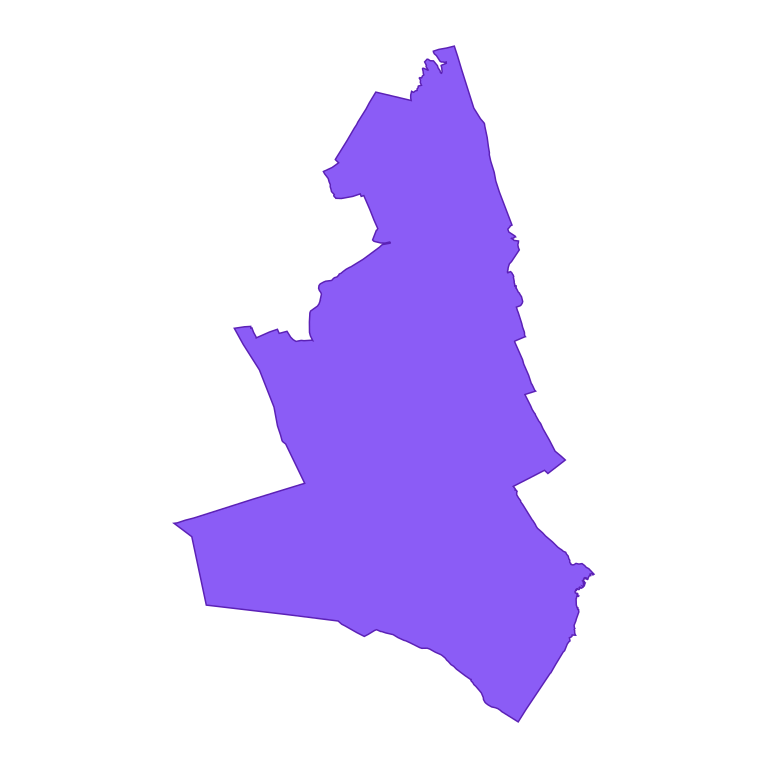 outline of Bargauani, Neamt, Romania
{"feature_id": "2599482B339560246118", "entity_name": "Bargauani", "entity_type": "district", "adm_level": 2, "iso_a3": "ROU", "parent_name": "Romania", "parent_adm1": "Neamt", "projection": "natural_earth1", "projection_center": [26.654, 46.99], "detail": "fine", "context": "isolated", "style": "filled", "palette": "violet", "viewbox_px": 768, "rotation_deg": 0, "n_neighbors": 0, "source": "geoboundaries", "source_scale": "gbopen_adm2", "svg_char_len": 6056}
<svg xmlns="http://www.w3.org/2000/svg" viewBox="0 0 768 768"><path d="M338.1,621.0L341.7,624.2L344.7,625.7L356.8,632.6L364.3,636.4L368.3,634.3L374.7,630.4L376.6,629.7L380.7,631.5L381.9,631.6L385.7,632.9L393.1,634.6L398.0,637.6L404.1,640.4L405.5,640.7L409.7,642.6L419.7,647.6L421.8,648.3L427.2,648.2L429.6,649.0L435.3,652.2L440.8,654.6L441.9,655.3L445.3,658.1L446.7,660.1L448.1,661.3L451.0,664.6L453.7,666.3L456.4,669.1L465.4,675.9L470.5,679.4L471.1,679.5L470.9,680.1L471.0,680.7L472.9,682.8L473.9,684.6L475.8,686.3L481.3,692.8L483.3,697.5L483.5,699.6L485.0,702.3L486.1,703.4L488.1,704.9L491.6,706.9L495.3,707.7L497.8,708.6L500.3,710.3L501.7,711.6L518.2,721.9L526.2,709.2L550.2,673.3L550.8,672.9L555.6,664.5L563.2,652.0L564.6,650.7L567.3,644.0L569.0,641.7L570.0,640.9L569.4,637.7L570.8,637.2L571.9,636.4L572.1,635.0L575.6,635.2L574.8,633.5L574.6,631.6L574.7,630.8L574.2,629.5L574.9,628.4L574.4,627.8L574.1,625.3L575.9,620.8L576.2,619.4L578.8,612.1L578.8,611.4L578.5,610.6L578.7,610.1L578.6,609.6L578.3,609.3L577.7,609.3L577.6,609.1L577.9,607.8L577.7,607.6L577.1,607.7L576.3,605.0L576.1,598.8L576.5,598.0L576.7,596.6L577.4,596.2L578.3,596.4L578.7,596.0L577.1,595.4L577.0,594.9L577.5,594.9L577.9,594.3L577.7,593.7L577.4,593.4L575.4,593.0L575.0,591.7L575.7,590.4L576.1,590.6L576.4,590.5L576.5,589.7L575.9,590.0L575.9,589.6L577.0,588.7L577.5,588.7L577.9,589.4L578.3,589.5L579.1,589.5L579.9,588.2L579.3,587.8L579.2,587.4L579.5,587.2L580.0,587.1L581.2,588.2L583.0,587.3L583.1,587.1L582.4,586.2L583.2,586.5L583.7,586.1L583.8,585.6L584.3,585.8L584.5,585.1L583.6,584.9L583.5,584.3L584.8,584.1L585.1,583.2L584.2,583.5L583.4,583.2L583.2,582.9L583.3,582.4L584.4,582.6L584.5,581.8L584.4,581.6L583.4,581.7L582.5,580.9L583.7,580.1L583.5,579.3L583.6,579.1L584.9,578.8L584.2,578.3L584.2,578.0L585.0,577.6L585.4,577.7L585.7,578.2L586.5,578.0L586.7,578.4L586.4,578.7L586.4,579.0L587.3,579.5L588.1,578.9L588.0,578.3L589.2,576.0L589.9,575.4L590.3,575.7L590.8,575.6L590.8,575.4L590.0,574.2L591.4,573.7L592.3,574.1L592.9,574.9L594.0,574.2L588.8,568.7L586.2,567.3L584.6,565.5L582.0,563.6L578.9,564.1L576.0,563.4L574.0,564.7L572.6,564.9L570.9,564.4L570.8,563.4L569.9,562.7L569.7,562.1L569.8,560.7L569.5,559.7L568.8,558.7L568.2,556.1L566.5,554.1L565.7,552.3L563.3,551.3L561.5,549.7L560.3,549.0L557.7,547.1L552.5,541.9L545.4,535.9L542.7,532.9L537.5,528.3L536.2,526.4L535.3,524.4L532.9,520.6L532.3,520.0L522.8,504.7L520.7,501.8L520.6,500.7L518.6,498.0L516.7,494.8L516.7,492.2L517.1,491.6L516.9,491.1L516.5,490.5L515.2,490.0L515.5,489.6L515.2,489.4L515.1,488.6L513.8,487.2L513.9,486.6L513.4,486.3L544.5,470.3L547.9,473.5L565.3,460.0L561.8,456.8L555.1,451.2L549.4,440.1L543.0,428.8L540.6,423.5L538.8,421.1L535.6,415.3L535.1,413.8L534.3,412.9L532.2,409.5L530.7,406.0L524.9,394.5L535.6,391.1L534.7,390.2L531.9,384.2L531.4,383.8L528.6,375.2L523.7,364.0L522.6,359.8L514.6,341.7L514.6,341.3L515.2,340.9L524.6,336.9L525.4,336.7L524.9,336.1L524.5,334.6L524.5,333.0L524.3,331.9L522.6,327.2L521.7,323.4L518.2,312.4L517.4,310.5L516.4,307.1L520.1,305.8L521.1,305.0L522.3,303.0L522.7,301.5L521.5,296.7L519.6,293.8L519.5,293.2L518.3,292.2L516.7,288.9L515.8,287.9L516.2,287.4L516.1,285.8L515.6,285.6L514.8,286.1L514.7,285.9L514.6,284.6L514.7,284.1L514.2,282.8L514.2,281.2L513.4,277.2L513.7,276.5L513.1,274.9L512.6,274.4L512.1,273.2L510.6,271.6L510.2,271.6L509.2,272.3L508.3,272.1L507.9,272.8L507.6,272.6L507.4,271.8L507.7,271.1L507.7,270.1L508.0,269.8L508.0,268.8L508.4,266.9L509.4,263.8L511.5,261.6L519.3,249.9L518.4,247.7L517.8,244.8L518.4,242.5L518.5,241.0L514.0,240.4L513.2,239.5L511.5,238.4L511.8,238.2L512.6,238.4L513.3,238.0L513.9,237.9L514.2,237.2L515.6,236.9L515.2,236.2L508.8,232.0L507.8,229.2L510.1,226.5L510.3,225.9L512.0,225.1L499.4,192.1L495.8,181.0L494.2,172.3L490.7,161.1L489.6,156.1L489.3,154.8L489.4,152.6L488.4,146.6L487.2,137.6L484.8,126.2L484.5,123.9L484.1,123.0L480.5,118.8L473.8,108.1L461.4,68.9L457.7,56.5L454.3,46.1L446.7,48.0L438.8,49.4L433.3,51.2L433.5,52.2L434.3,53.8L436.4,55.6L440.1,61.3L441.3,62.0L443.3,62.0L444.5,62.4L446.2,62.0L446.3,63.3L442.3,64.9L441.2,65.4L441.1,65.7L441.7,67.6L442.1,71.6L441.5,73.3L441.1,73.2L440.3,72.2L440.1,70.9L438.1,67.9L437.4,65.6L433.5,60.9L430.2,60.7L428.1,59.3L427.1,59.2L424.6,61.9L426.4,65.4L426.1,66.0L426.1,66.7L428.1,70.0L427.8,70.1L424.0,68.4L423.0,68.2L422.6,68.5L422.5,68.9L423.1,71.2L423.3,73.4L423.8,74.9L422.4,76.0L421.7,77.7L421.3,77.9L419.9,77.6L419.3,78.1L420.5,80.2L420.3,82.6L421.5,85.3L418.4,86.0L418.2,86.3L418.2,87.6L417.1,88.9L417.1,90.5L415.3,90.9L413.6,92.3L412.9,92.2L412.6,91.8L411.6,91.3L410.7,95.1L410.7,98.0L411.2,100.5L375.8,92.1L369.4,102.7L366.1,108.9L357.7,122.3L357.4,123.1L356.2,125.3L354.5,127.8L346.9,140.8L335.4,159.3L335.3,159.6L338.6,162.8L332.1,167.5L323.4,171.5L324.6,173.8L328.2,178.5L329.1,181.8L330.3,184.6L330.2,186.8L330.9,188.9L331.5,191.6L334.3,194.6L333.8,195.4L333.8,195.9L334.5,196.9L335.9,198.0L335.9,198.3L341.3,198.5L343.6,198.1L352.8,196.4L360.2,193.9L361.2,196.4L363.8,195.6L369.8,209.4L374.1,220.3L377.8,228.6L377.0,230.0L376.3,230.4L372.6,239.9L373.7,241.1L374.7,241.5L380.9,243.0L385.0,243.1L389.7,242.0L390.2,242.4L390.3,242.9L390.1,243.2L382.9,244.5L381.9,244.9L379.6,247.1L363.1,259.3L350.6,267.0L349.7,267.3L346.2,269.2L343.1,271.5L340.9,273.4L340.1,273.6L339.0,274.3L338.8,275.1L336.9,277.0L334.4,277.7L333.0,278.9L332.2,279.9L331.3,280.5L325.7,281.2L323.7,282.0L320.2,283.9L319.0,285.5L318.6,288.3L319.4,290.5L320.7,292.3L321.3,293.7L321.4,294.3L320.1,300.3L320.3,300.4L319.0,303.9L317.5,306.1L311.0,310.7L310.5,311.2L309.9,312.9L309.4,322.0L309.5,332.4L310.4,335.9L312.7,340.5L311.9,340.2L304.0,340.7L301.2,340.4L296.0,341.4L293.2,339.7L290.7,337.2L287.0,331.3L279.2,333.4L277.4,329.3L269.5,332.0L256.2,337.9L256.0,336.8L253.6,332.4L251.9,327.9L250.8,328.1L250.7,326.4L244.4,326.8L234.3,328.3L243.2,344.4L259.4,369.9L274.0,407.1L277.5,425.9L280.5,434.9L282.1,440.8L283.0,441.9L285.7,444.0L304.7,483.3L253.2,499.1L193.5,518.1L185.3,520.2L177.2,522.9L174.0,523.3L191.8,536.7L206.3,605.1L285.5,614.4L338.1,621.0Z" fill="#8b5cf6" stroke="#5b21b6" stroke-width="1.5"/></svg>